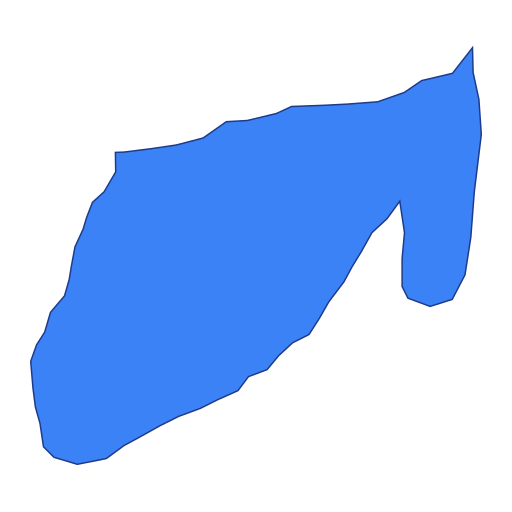 Spathariko, Cyprus
{"feature_id": "46923920B58685009423806", "entity_name": "Spathariko", "entity_type": "district", "adm_level": 2, "iso_a3": "CYP", "parent_name": "Cyprus", "parent_adm1": "", "projection": "albers", "projection_center": [33.885, 35.234], "detail": "fine", "context": "isolated", "style": "filled", "palette": "blue", "viewbox_px": 512, "rotation_deg": 0, "n_neighbors": 0, "source": "geoboundaries", "source_scale": "gbopen_adm2", "svg_char_len": 936}
<svg xmlns="http://www.w3.org/2000/svg" viewBox="0 0 512 512"><path d="M421.6,80.6L404.4,92.4L377.7,101.8L347.4,104.1L324.1,105.3L291.5,106.5L276.4,113.5L247.3,120.5L226.3,121.7L203.1,138.0L176.3,145.0L151.8,148.6L123.9,152.1L115.4,152.4L115.7,171.9L104.1,191.8L92.5,202.3L86.6,217.5L83.1,229.2L75.0,246.8L71.5,265.5L69.2,279.5L64.5,295.9L50.5,312.3L44.7,332.1L36.5,345.0L30.7,361.4L33.0,388.3L35.4,407.0L40.0,423.4L43.5,446.8L54.0,457.3L77.3,464.3L106.4,458.5L123.9,445.6L139.0,437.4L160.0,425.7L178.6,416.4L200.7,408.2L217.0,400.0L238.0,390.6L248.5,376.6L267.1,369.6L278.7,355.6L292.7,342.7L309.0,334.5L319.5,318.1L328.8,301.8L343.9,281.9L352.1,266.7L361.4,251.5L371.9,232.7L387.0,218.7L399.8,201.2L404.5,232.7L402.1,258.5L402.1,286.5L408.0,298.2L430.1,306.4L452.2,299.4L465.0,274.8L470.8,237.4L474.3,191.8L481.3,134.5L478.9,99.4L473.1,72.5L472.5,47.7L452.5,73.3L421.6,80.6Z" fill="#3b82f6" stroke="#1e3a8a" stroke-width="1.5"/></svg>